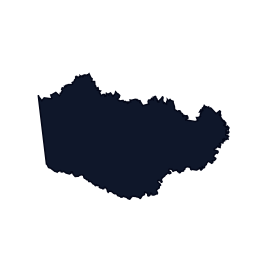 the district of Xhariep, Free State, South Africa, rotated 331°
{"feature_id": "47623444B92402502391318", "entity_name": "Xhariep", "entity_type": "district", "adm_level": 2, "iso_a3": "ZAF", "parent_name": "South Africa", "parent_adm1": "Free State", "projection": "equal_earth", "projection_center": [25.946, -29.761], "detail": "fine", "context": "isolated", "style": "filled", "palette": "ink", "viewbox_px": 256, "rotation_deg": 331, "n_neighbors": 0, "source": "geoboundaries", "source_scale": "gbopen_adm2", "svg_char_len": 5949}
<svg xmlns="http://www.w3.org/2000/svg" viewBox="0 0 256 256"><g transform="rotate(331 128 128)"><path d="M65.4,55.8L39.2,120.0L39.6,120.5L39.4,123.9L39.7,124.5L40.9,125.5L43.0,130.4L44.4,131.7L44.6,132.3L45.8,132.0L48.0,132.4L48.4,133.1L48.3,134.0L49.6,134.7L50.9,134.7L51.9,137.2L54.5,139.8L56.6,139.8L57.1,138.8L57.8,139.1L57.9,139.6L57.7,142.2L58.3,144.8L61.2,146.1L62.7,145.8L65.3,146.6L66.1,148.4L65.6,149.3L65.5,150.6L66.5,151.9L66.7,153.0L67.9,154.0L67.8,155.8L69.8,157.0L70.4,160.0L71.2,160.9L71.5,162.6L72.1,162.8L72.9,162.2L73.4,163.5L74.6,164.1L74.7,165.1L74.2,166.1L75.1,167.3L75.9,167.8L76.5,169.0L77.4,169.3L78.6,168.5L79.3,168.7L80.0,171.1L79.7,172.6L79.4,173.3L79.5,174.6L81.0,174.2L82.8,175.4L83.9,178.2L84.6,179.1L85.4,179.4L86.4,180.8L86.6,181.3L86.2,181.6L86.2,182.1L88.0,184.0L88.3,185.1L89.5,185.6L90.9,185.2L91.4,186.3L92.1,186.7L93.5,188.6L93.8,189.8L95.0,191.1L96.1,190.8L96.6,189.7L97.6,190.2L98.4,189.7L99.0,189.8L100.4,190.9L101.5,191.3L101.7,191.9L103.6,193.6L104.3,194.7L104.4,195.4L104.8,195.6L107.7,194.0L110.0,194.2L111.5,192.3L111.8,192.2L113.5,194.8L112.6,196.6L112.7,197.2L113.4,197.5L114.4,197.4L116.4,196.0L117.0,196.6L116.6,198.0L117.4,198.8L118.8,199.3L120.7,199.3L121.5,199.8L122.3,199.2L122.5,196.7L123.2,195.8L126.3,195.5L127.1,193.9L128.8,193.7L128.9,192.7L127.7,190.0L128.5,188.6L129.1,188.4L129.5,188.6L130.7,190.2L130.9,190.7L130.7,191.5L131.2,191.8L131.8,191.4L131.9,189.6L132.6,188.9L133.8,188.2L136.8,187.7L138.1,187.0L139.2,187.0L140.8,186.5L141.4,186.9L142.0,188.0L143.4,188.3L143.8,188.0L143.7,186.6L143.4,186.0L142.8,185.8L142.7,185.2L143.6,184.1L144.5,184.0L146.4,185.5L146.3,187.4L146.5,187.7L147.8,187.7L150.3,188.5L150.5,190.3L151.3,191.3L151.1,191.8L151.3,192.1L152.0,192.3L153.4,191.6L155.7,192.5L156.6,191.5L157.7,191.5L158.3,190.7L159.3,190.3L161.1,190.6L163.4,192.5L162.9,194.6L163.1,195.2L164.3,195.4L167.4,197.9L168.4,198.1L171.5,197.7L171.9,198.5L171.2,199.3L171.3,200.0L171.5,200.2L172.9,199.9L174.1,198.1L174.7,199.6L175.7,199.6L177.1,198.0L178.6,198.0L180.0,196.7L181.7,196.0L182.2,196.2L183.6,198.3L183.9,199.3L185.0,199.4L185.7,198.9L185.9,197.5L186.3,197.5L187.3,198.2L189.1,197.9L189.9,197.4L190.0,197.0L188.8,194.8L189.9,193.5L193.0,192.5L193.7,193.4L194.9,193.0L195.4,192.0L195.3,191.5L194.5,191.3L194.0,190.0L193.0,189.4L192.8,189.0L193.2,188.1L194.4,187.9L195.4,188.1L197.9,187.4L198.1,187.6L198.0,188.3L198.2,188.9L199.1,189.7L199.9,188.4L200.9,187.7L200.3,186.4L200.5,186.0L202.8,186.2L203.7,187.1L204.9,185.8L205.3,184.2L205.6,184.6L205.6,185.9L206.2,186.0L206.4,184.1L206.8,183.7L207.1,183.8L207.5,185.4L208.4,185.7L209.3,185.5L210.1,186.2L210.4,185.4L210.2,184.8L211.9,184.0L211.2,182.8L210.1,182.3L209.9,181.8L210.3,180.9L210.9,180.7L212.6,181.4L214.3,180.4L213.9,179.5L212.7,179.9L211.7,179.3L211.7,178.9L212.3,178.5L212.6,177.4L214.1,177.8L214.8,178.2L215.1,177.6L216.3,176.9L216.3,176.0L215.9,175.2L215.9,174.5L215.2,174.3L214.9,175.6L214.5,175.6L214.0,174.1L214.2,172.8L213.4,172.6L213.2,172.2L214.0,171.6L214.8,171.9L215.2,171.3L215.5,171.7L215.7,171.3L215.3,170.6L215.9,170.6L215.8,170.1L215.2,170.1L215.0,169.8L215.5,169.3L215.3,169.0L215.5,168.5L215.2,168.4L215.0,167.8L214.6,168.3L214.2,167.8L214.5,167.3L214.2,166.7L214.5,165.8L214.2,165.0L214.4,164.2L214.2,163.5L214.7,162.4L214.4,161.4L215.4,161.6L215.4,160.8L215.1,160.4L215.6,160.4L215.8,159.6L216.7,158.7L216.8,158.4L216.5,158.2L216.6,157.8L216.3,157.4L215.6,157.7L212.0,158.1L210.2,151.0L209.9,150.5L208.6,150.0L208.5,149.2L208.7,148.7L207.8,148.7L206.7,147.3L205.8,147.4L206.1,147.1L205.6,145.3L204.2,146.5L202.5,146.8L201.9,148.7L200.6,147.4L198.4,148.7L200.1,149.5L198.3,150.8L196.9,152.5L196.9,153.0L194.4,152.9L193.0,152.1L192.6,155.3L190.0,155.0L182.4,149.0L182.6,148.4L185.1,148.5L185.6,147.5L185.6,146.9L184.8,147.1L184.6,146.8L185.3,146.4L185.5,145.8L184.2,145.3L182.9,143.9L181.6,145.4L181.8,144.8L181.9,143.5L182.5,142.5L182.3,141.5L181.3,140.4L181.7,140.1L181.8,139.4L181.2,138.6L181.6,138.1L180.6,137.5L179.5,137.7L177.7,134.5L179.0,131.7L179.8,127.6L180.4,126.5L178.9,124.8L178.6,123.4L178.0,123.5L178.0,124.1L177.4,123.9L176.7,124.3L176.3,122.3L176.1,122.8L174.8,123.6L173.5,125.5L173.3,124.7L172.5,124.9L172.2,124.5L172.1,123.5L171.1,123.6L171.9,120.1L173.1,118.8L173.5,118.0L173.2,117.5L171.5,118.4L167.8,119.4L167.5,120.1L166.8,119.5L167.3,118.9L166.6,118.1L167.1,117.8L167.3,116.2L167.0,115.8L167.4,114.0L167.1,113.5L165.6,113.6L164.8,113.3L164.2,115.1L163.7,115.5L163.3,114.3L162.7,114.3L162.7,113.8L161.5,114.5L159.5,113.6L158.4,114.6L157.7,117.1L151.7,115.6L151.6,111.0L151.0,111.1L151.7,109.9L150.0,109.0L150.2,108.7L149.3,108.1L149.7,107.5L148.2,106.4L144.6,105.5L143.4,104.6L143.0,106.2L142.7,106.0L141.4,106.1L141.4,105.7L140.5,105.2L140.6,106.3L139.7,106.4L138.6,103.5L137.5,103.1L137.5,103.7L137.2,103.7L137.0,101.5L134.0,100.4L133.6,99.5L133.2,99.5L132.8,97.5L135.1,97.0L136.5,95.5L135.8,93.3L135.4,93.3L134.7,90.4L133.2,91.9L130.2,92.9L129.7,88.9L127.2,88.8L127.0,89.4L125.9,87.2L124.0,89.4L123.1,89.1L123.6,87.3L122.5,86.6L120.1,86.7L120.3,83.9L120.0,83.8L120.3,82.9L121.9,82.3L119.7,80.2L120.9,79.6L121.3,78.2L119.7,78.0L119.6,77.1L120.0,75.5L119.5,75.2L121.3,71.2L118.8,69.7L120.5,67.5L119.9,66.1L120.2,61.7L119.1,62.1L118.4,61.9L118.0,62.1L118.0,61.8L117.5,61.9L116.6,61.1L116.1,61.4L115.6,60.6L115.4,60.8L114.8,60.4L114.3,60.8L114.0,60.3L113.6,60.4L113.2,61.1L112.7,60.1L111.9,59.9L111.5,59.1L111.2,60.1L110.3,59.5L110.0,59.9L109.6,59.7L109.2,60.0L108.7,59.2L108.3,59.2L108.3,58.2L107.7,57.7L106.9,58.0L106.7,59.0L105.2,60.1L104.7,60.0L103.2,61.4L101.3,61.2L101.2,62.3L100.6,62.8L98.9,62.5L98.4,61.9L97.9,62.0L97.4,61.4L96.5,61.0L95.6,61.3L95.0,60.8L94.4,61.6L94.0,60.9L93.4,61.6L92.7,60.8L92.3,61.6L91.1,62.0L90.0,61.0L88.7,62.0L88.9,63.2L88.2,64.3L87.5,64.2L86.6,65.2L85.6,64.8L84.6,66.3L83.6,66.5L82.1,61.9L77.3,62.0L76.5,61.7L75.9,64.9L75.5,65.2L74.6,64.9L69.3,61.0L65.9,62.4L65.2,57.8L65.4,55.8Z" fill="#0f172a" stroke="#020617" stroke-width="1.5"/></g></svg>